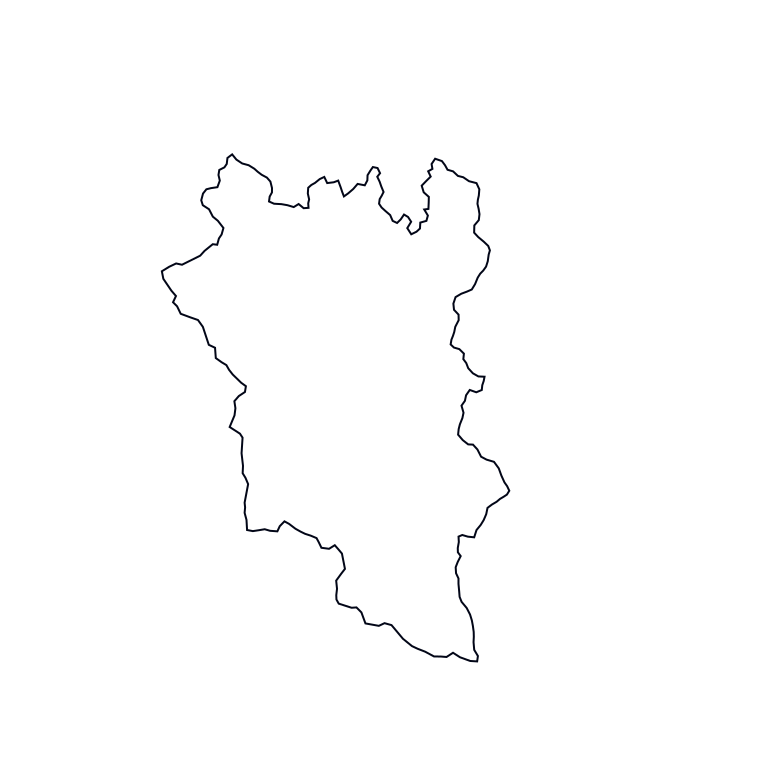 the district of Poços de Caldas, Minas Gerais, Brazil, rotated 321°
{"feature_id": "56859067B58227572587527", "entity_name": "Poços de Caldas", "entity_type": "district", "adm_level": 2, "iso_a3": "BRA", "parent_name": "Brazil", "parent_adm1": "Minas Gerais", "projection": "robinson", "projection_center": [-46.542, -21.82], "detail": "fine", "context": "isolated", "style": "outline", "palette": "ink", "viewbox_px": 768, "rotation_deg": 321, "n_neighbors": 0, "source": "geoboundaries", "source_scale": "gbopen_adm2", "svg_char_len": 3730}
<svg xmlns="http://www.w3.org/2000/svg" viewBox="0 0 768 768"><g transform="rotate(321 384 384)"><path d="M357.6,559.9L364.0,555.7L370.4,554.4L375.8,552.5L381.5,549.5L386.5,545.4L392.0,545.6L397.4,546.4L401.8,546.3L405.9,546.9L409.9,547.3L414.2,545.8L415.4,540.9L415.7,536.3L417.6,529.0L420.1,521.8L420.5,513.7L416.1,507.3L413.7,501.6L415.4,493.7L415.0,487.1L411.4,483.9L409.9,477.3L409.7,470.0L413.7,466.0L417.6,463.1L423.5,459.8L427.7,456.4L430.6,449.6L436.3,448.0L440.7,444.4L446.9,442.6L450.5,448.5L456.2,450.2L459.6,446.8L463.4,444.4L466.7,441.6L462.1,437.5L459.8,431.6L459.4,424.7L461.1,419.5L461.3,414.6L465.2,410.7L464.5,404.3L461.3,399.7L460.7,395.2L464.3,392.0L467.9,390.0L471.3,387.8L475.4,384.4L482.2,381.4L485.6,377.0L485.1,370.4L488.5,365.2L494.3,361.5L500.9,362.5L506.6,364.4L511.7,365.8L517.6,363.7L523.8,360.3L528.2,358.8L532.5,358.3L537.2,357.0L541.9,353.9L546.8,349.3L550.4,346.8L551.9,342.3L551.1,336.2L549.7,329.1L549.3,323.1L554.0,317.6L560.8,316.3L565.1,312.1L567.8,307.4L570.0,302.8L572.9,299.9L576.3,297.2L580.6,292.7L582.3,286.1L577.7,279.9L575.7,273.2L572.4,268.8L571.5,262.2L568.2,257.5L569.1,252.4L569.3,247.2L565.5,241.1L559.4,243.0L557.0,247.3L552.2,246.5L550.8,252.2L544.7,252.8L538.1,253.6L535.5,260.0L536.6,266.8L533.2,270.8L528.7,275.9L525.1,273.7L524.1,280.7L519.6,283.9L513.8,281.4L509.8,285.8L505.1,286.1L499.4,284.8L500.2,277.5L507.2,275.0L507.8,269.3L506.2,264.9L500.6,266.6L495.5,267.1L493.4,262.7L495.1,256.6L494.0,250.6L493.2,245.3L493.6,240.8L497.0,237.6L500.8,236.2L504.5,234.5L506.2,228.8L507.9,224.1L509.2,218.7L513.6,217.7L514.9,212.1L511.9,208.4L507.7,209.6L502.6,211.4L499.2,215.3L494.1,217.5L489.4,211.9L482.8,213.1L476.0,213.3L470.9,213.0L472.4,208.4L474.1,203.9L476.4,197.1L471.9,195.6L466.3,192.1L467.9,185.5L463.0,184.3L456.9,184.3L452.8,183.6L448.6,183.8L444.7,188.0L442.0,193.4L438.8,195.9L436.2,199.6L432.2,196.8L430.9,190.4L425.2,189.7L421.5,184.3L417.5,179.7L412.0,174.7L409.5,169.8L413.1,166.4L417.5,164.6L420.3,161.2L423.1,155.2L422.9,149.9L420.6,144.4L419.4,139.5L418.7,135.1L416.5,128.8L412.6,123.4L410.5,116.7L410.5,110.0L404.6,109.8L400.3,114.0L396.3,115.2L390.7,114.0L386.9,117.4L384.4,122.6L378.4,126.2L372.8,122.9L368.5,120.9L363.2,122.1L357.6,126.2L355.7,131.0L358.0,138.1L356.3,146.2L357.6,152.6L357.4,161.7L351.9,165.6L347.3,167.0L342.0,170.8L338.9,167.6L333.4,167.6L328.4,167.6L321.9,168.6L302.1,164.2L298.3,159.5L290.8,157.7L282.3,156.6L278.7,163.4L277.5,177.7L277.7,184.7L271.5,187.7L272.1,193.4L270.2,201.5L275.3,210.1L279.7,217.2L279.2,225.6L272.5,243.3L275.5,249.5L269.6,258.0L271.5,264.9L273.4,270.1L272.5,275.5L272.4,281.4L273.8,293.2L275.3,298.8L270.9,302.7L263.6,302.0L256.9,303.2L253.3,309.3L248.1,314.3L237.0,320.3L240.8,332.0L240.3,336.7L229.7,348.2L222.9,358.9L218.0,364.4L217.3,369.7L215.4,376.3L201.0,388.5L198.4,392.5L194.6,396.4L191.6,403.1L185.7,411.3L189.5,415.8L194.6,418.8L199.9,421.8L203.1,426.4L208.4,431.4L213.5,428.9L220.2,428.1L222.2,433.0L224.1,440.8L226.3,446.3L228.4,450.8L231.6,455.7L234.6,461.3L233.7,466.0L232.3,471.9L237.6,477.5L244.3,478.3L244.5,483.7L244.6,489.3L237.3,503.1L231.4,504.5L223.1,506.7L218.6,513.6L214.0,518.1L211.4,521.6L210.6,526.2L218.0,537.5L222.0,540.3L222.7,547.3L218.9,558.4L227.8,568.7L233.9,570.2L238.1,576.1L238.4,594.0L240.8,605.3L243.5,610.9L247.5,617.9L251.4,627.2L256.7,631.6L260.8,635.5L268.5,636.3L271.1,644.2L276.7,653.5L281.8,658.2L285.8,654.5L286.8,647.4L291.1,641.0L294.7,637.0L297.7,633.1L300.8,628.0L303.5,623.0L305.8,617.3L307.3,610.1L307.2,602.1L308.8,597.0L311.9,592.5L316.1,586.2L319.5,582.0L320.9,576.4L324.4,571.5L329.3,568.7L335.3,566.0L335.5,561.3L338.1,557.9L342.7,553.9L345.9,549.5L349.8,550.6L353.1,555.4L357.6,559.9Z" fill="none" stroke="#020617" stroke-width="2"/></g></svg>